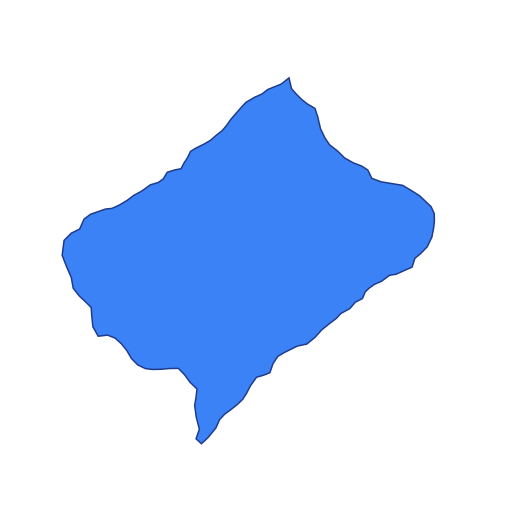 outline of Heliodora, Minas Gerais, Brazil, rotated 156°
{"feature_id": "56859067B59124284562454", "entity_name": "Heliodora", "entity_type": "district", "adm_level": 2, "iso_a3": "BRA", "parent_name": "Brazil", "parent_adm1": "Minas Gerais", "projection": "equal_earth", "projection_center": [-45.541, -22.046], "detail": "fine", "context": "isolated", "style": "filled", "palette": "blue", "viewbox_px": 512, "rotation_deg": 156, "n_neighbors": 0, "source": "geoboundaries", "source_scale": "gbopen_adm2", "svg_char_len": 1733}
<svg xmlns="http://www.w3.org/2000/svg" viewBox="0 0 512 512"><g transform="rotate(156 256 256)"><path d="M153.4,405.3L163.1,402.8L170.6,403.1L177.5,403.3L184.7,401.6L192.3,401.6L202.7,400.5L209.4,397.6L215.7,394.7L223.2,391.2L229.5,387.4L235.8,384.3L242.7,382.6L250.6,380.2L257.9,379.4L267.3,379.0L273.3,378.2L278.4,373.8L283.6,370.5L289.0,366.2L295.3,367.7L303.0,368.6L309.3,364.2L315.4,362.9L323.5,364.0L334.6,361.7L342.5,361.2L350.8,359.3L360.5,358.1L368.3,358.1L374.3,360.1L383.5,360.9L390.4,361.4L398.1,359.6L406.1,352.4L415.5,352.0L425.0,348.3L432.8,335.5L433.4,323.1L433.5,311.4L436.1,300.9L433.8,291.7L430.1,282.7L427.5,276.0L430.5,267.8L433.8,257.7L432.8,246.9L423.8,244.1L418.2,238.4L414.6,230.4L412.5,222.3L411.5,213.0L408.3,204.5L402.8,198.1L396.8,194.5L389.0,191.2L381.0,188.5L372.6,184.9L369.5,176.4L367.6,167.4L364.0,158.5L368.2,151.4L372.8,144.5L376.1,133.2L378.2,120.8L385.1,113.4L382.2,106.7L374.0,109.5L362.6,115.2L355.7,121.4L348.8,124.3L341.0,126.0L333.7,127.9L326.6,130.4L320.6,134.3L313.9,139.7L304.9,145.0L297.4,144.0L290.8,143.7L284.4,150.6L277.0,155.4L269.8,156.3L262.3,156.6L255.0,156.9L245.4,154.9L235.2,157.7L225.9,161.8L217.1,164.2L208.1,166.3L201.7,169.0L191.6,169.8L184.1,173.4L176.0,173.9L170.8,178.8L165.1,180.8L159.5,181.9L151.4,181.9L141.8,184.1L135.7,182.4L127.0,182.4L117.9,182.4L111.7,189.3L104.8,191.2L95.8,194.8L87.6,201.8L82.0,209.8L78.6,215.8L75.9,222.3L76.0,229.9L79.2,237.6L82.0,244.4L86.8,251.6L93.3,260.9L101.8,266.5L111.7,273.0L118.6,279.9L118.9,289.1L122.8,295.1L129.4,301.7L135.1,309.4L138.8,318.7L143.6,327.8L145.0,335.9L145.3,346.0L143.0,358.1L142.1,366.9L147.1,373.8L150.5,380.2L153.2,387.1L155.5,394.3L153.4,405.3Z" fill="#3b82f6" stroke="#1e3a8a" stroke-width="1.5"/></g></svg>